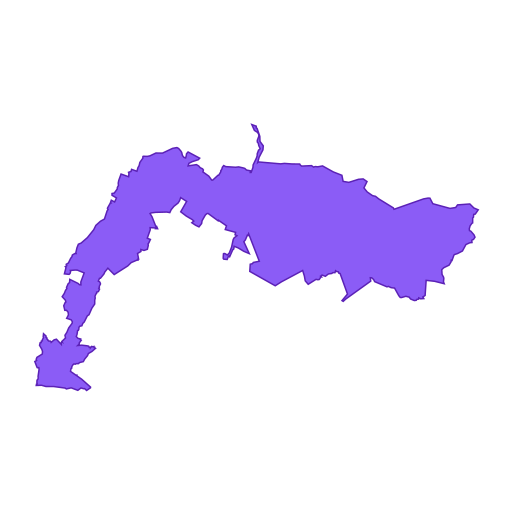 Villa de Álvarez, Colima, Mexico, rotated 179°
{"feature_id": "50627088B49259449060306", "entity_name": "Villa de Álvarez", "entity_type": "district", "adm_level": 2, "iso_a3": "MEX", "parent_name": "Mexico", "parent_adm1": "Colima", "projection": "albers", "projection_center": [-103.768, 19.327], "detail": "fine", "context": "isolated", "style": "filled", "palette": "violet", "viewbox_px": 512, "rotation_deg": 179, "n_neighbors": 0, "source": "geoboundaries", "source_scale": "gbopen_adm2", "svg_char_len": 6117}
<svg xmlns="http://www.w3.org/2000/svg" viewBox="0 0 512 512"><g transform="rotate(179 256 256)"><path d="M441.3,257.0L443.7,252.3L445.9,251.0L445.4,249.6L446.8,248.7L446.2,248.2L446.5,246.6L447.9,241.5L443.2,240.9L442.2,241.8L441.5,244.3L441.8,244.8L437.1,245.1L434.9,245.0L428.1,242.1L431.6,233.1L431.6,230.2L433.0,230.4L434.4,231.7L442.6,235.9L442.9,232.7L444.3,231.6L446.0,227.9L445.7,226.7L447.0,225.1L448.3,222.0L450.5,218.7L447.4,215.2L446.9,213.3L447.7,212.7L449.1,209.6L448.1,205.0L446.4,205.0L444.8,203.0L444.6,200.3L446.4,197.0L441.9,195.4L440.8,193.5L441.0,192.0L444.5,187.4L446.5,182.9L448.4,180.1L447.9,177.4L451.6,173.9L451.4,173.5L451.7,173.7L452.2,172.7L452.2,171.0L457.0,176.3L459.3,175.7L462.3,173.2L462.5,173.9L463.4,174.6L464.5,174.5L465.5,175.2L465.5,175.8L466.6,176.8L466.4,177.6L467.4,178.3L467.3,179.6L469.8,182.0L470.2,178.9L469.9,177.9L471.0,176.2L471.1,174.9L472.1,174.7L472.3,173.2L473.3,173.1L474.0,170.5L471.7,166.3L471.1,164.1L471.4,161.7L476.8,158.5L477.6,156.5L477.2,155.3L479.0,154.4L477.0,148.8L476.6,148.1L475.1,148.2L474.9,146.3L476.0,139.5L475.9,137.9L476.2,136.6L477.1,135.7L477.3,133.5L477.0,132.0L477.7,131.8L478.0,130.4L472.7,130.5L468.4,129.2L460.4,129.0L449.3,127.3L447.9,126.4L443.1,127.4L436.5,124.8L433.3,127.1L430.7,126.3L429.7,126.4L427.7,124.5L423.8,127.1L423.7,127.8L432.5,135.9L436.9,139.1L437.2,140.1L437.9,139.8L443.5,143.9L442.9,146.8L442.2,147.1L442.1,148.6L440.8,150.6L440.0,151.2L438.4,151.0L437.8,151.5L435.3,151.5L434.4,152.5L430.5,153.4L429.1,155.9L426.2,159.3L425.3,161.4L421.7,163.4L418.2,166.4L418.7,166.6L418.8,167.4L419.3,167.3L419.6,168.4L420.4,168.0L421.9,168.5L423.1,167.1L423.1,167.8L424.3,167.5L424.9,168.8L426.7,169.2L431.8,169.9L435.8,169.6L434.2,171.1L434.3,172.1L432.2,174.8L433.1,175.5L432.8,176.1L435.5,176.8L437.1,178.6L436.3,180.8L435.7,184.6L434.9,184.8L434.4,185.9L434.3,187.7L433.5,188.8L431.3,189.3L430.4,191.6L428.9,193.0L425.7,199.1L424.0,200.2L421.0,206.7L418.1,210.8L418.0,214.7L417.5,216.7L417.7,218.5L416.8,220.6L415.9,221.7L416.0,222.6L414.2,223.2L413.0,225.6L413.8,226.5L413.2,227.2L413.2,228.5L412.0,230.7L412.1,231.5L412.8,232.9L414.1,233.6L412.9,236.4L411.9,236.5L408.4,240.6L407.4,242.7L404.3,246.4L398.1,239.9L384.4,248.3L380.9,251.6L375.0,254.0L374.1,253.9L374.1,254.9L373.4,254.9L374.4,260.6L371.0,262.5L371.0,264.5L367.9,263.5L364.5,264.6L363.5,268.5L363.7,270.0L362.9,271.0L361.3,274.4L364.4,275.7L361.3,284.0L361.4,286.2L355.7,285.8L356.0,285.1L353.9,285.0L354.9,287.4L355.6,287.2L359.3,297.1L361.2,300.3L360.1,300.9L355.5,301.4L344.5,301.5L341.4,300.9L340.0,303.8L337.2,307.1L333.0,310.3L331.5,312.6L330.3,315.7L324.4,311.8L330.5,301.5L325.1,297.2L319.1,293.5L317.6,292.0L319.6,290.4L315.9,287.8L312.5,286.1L309.8,289.4L309.3,292.2L305.9,297.9L304.4,299.2L303.2,299.4L293.2,291.8L292.9,292.4L285.0,286.7L286.3,283.0L276.0,280.0L276.6,277.6L274.7,276.6L277.6,274.5L278.5,272.9L280.3,265.2L282.7,259.4L284.7,257.5L286.9,258.9L287.9,259.1L288.5,258.8L288.8,255.4L288.8,254.0L288.3,253.4L284.9,253.0L283.7,255.8L282.8,256.6L282.3,255.8L279.2,262.5L278.1,263.4L277.7,266.1L273.7,264.4L268.1,260.9L262.7,258.5L267.9,270.5L266.4,272.2L264.3,276.9L263.7,276.6L263.0,278.4L252.8,250.7L258.8,249.6L259.7,248.4L261.9,247.9L262.5,240.7L237.3,225.9L230.9,229.8L209.6,240.7L208.0,235.2L207.2,230.3L204.3,226.8L196.4,231.6L194.6,231.2L193.2,231.4L191.7,233.5L191.8,234.3L190.8,234.0L191.2,235.1L190.3,235.8L187.0,234.5L183.9,236.8L180.5,237.2L179.6,238.0L177.3,238.0L176.7,239.9L175.7,239.1L173.9,238.7L173.4,237.3L172.2,237.0L165.2,216.4L170.8,209.9L169.6,209.1L167.0,211.4L141.7,228.9L142.1,232.3L140.7,232.2L138.8,230.4L137.8,228.3L125.6,222.9L124.1,223.3L121.5,222.0L118.0,221.5L113.9,213.8L112.5,212.0L111.3,211.9L106.9,213.1L103.6,212.2L102.2,210.3L98.5,208.7L96.6,208.9L95.8,209.9L94.2,210.0L94.0,211.3L92.1,210.3L89.0,210.5L89.9,212.1L87.6,213.6L86.3,228.7L77.9,227.6L68.3,225.0L69.0,226.9L68.6,230.2L68.8,231.5L70.3,234.3L70.5,239.1L68.5,241.0L63.1,243.5L61.1,246.7L60.8,248.4L60.1,248.1L58.1,253.4L57.5,254.0L54.5,254.9L49.5,257.4L45.9,263.8L42.0,265.5L39.8,265.7L40.0,267.7L39.5,268.4L38.3,268.7L36.7,271.0L37.7,273.4L40.7,277.0L42.1,277.7L42.3,279.4L41.4,282.4L39.6,284.9L38.8,285.3L38.7,290.2L37.9,291.0L37.6,293.8L36.0,294.1L33.0,298.3L37.3,300.2L41.3,304.3L53.6,303.6L55.5,301.0L61.2,300.2L78.3,305.2L81.1,310.8L83.0,310.9L87.4,310.2L117.2,300.3L117.8,301.7L132.2,310.9L135.5,313.6L138.4,314.3L143.7,318.1L146.9,322.2L143.7,328.5L147.5,331.2L152.2,330.9L161.9,328.0L167.6,329.1L168.7,335.2L177.2,338.7L187.9,344.9L192.7,344.1L195.2,344.4L196.9,343.9L198.9,345.4L208.8,345.1L210.0,346.0L210.7,347.2L218.4,347.4L226.0,348.1L229.7,347.7L250.8,349.9L252.1,349.9L252.6,349.5L251.2,354.6L247.2,362.0L246.8,366.0L250.0,370.5L250.1,375.6L252.7,383.6L253.5,384.0L253.5,385.8L257.9,387.5L255.4,381.6L252.5,379.7L251.3,378.0L251.0,375.9L252.7,371.6L252.7,369.9L251.7,368.6L251.3,366.3L249.9,363.1L251.6,361.8L253.0,358.2L253.1,356.1L253.9,353.9L257.3,347.1L257.5,344.6L259.4,339.6L260.3,339.6L260.1,341.3L264.0,342.1L265.7,343.8L267.6,344.4L271.8,345.4L274.9,345.1L284.7,345.9L286.7,347.0L288.1,345.3L288.6,343.5L289.8,341.7L289.7,340.9L291.9,337.4L292.6,337.4L298.0,332.6L299.0,332.7L301.8,336.7L307.6,341.0L307.1,342.9L307.9,344.1L310.3,345.3L311.7,347.0L313.9,348.4L322.3,347.3L321.5,349.8L318.2,351.4L312.0,353.3L310.6,354.8L322.1,361.2L323.7,359.4L324.2,356.3L324.8,355.9L324.8,355.3L326.4,355.9L327.8,357.8L328.5,360.9L329.4,362.4L331.5,364.9L333.2,365.8L337.5,365.1L347.7,360.5L354.3,360.7L360.3,358.0L362.9,357.5L367.0,357.7L367.4,357.2L367.4,355.8L370.5,351.6L371.3,348.4L372.5,346.4L373.6,342.8L378.9,344.8L379.5,342.7L382.0,341.9L381.6,340.6L382.0,337.5L389.5,340.3L391.9,334.0L392.5,331.3L392.3,328.9L393.4,327.1L393.6,325.4L396.6,321.4L398.9,321.0L398.9,319.2L394.5,316.5L396.4,312.5L399.7,314.3L400.6,311.9L400.1,311.5L400.9,311.2L403.6,306.6L403.7,306.0L403.1,305.1L404.1,303.7L406.9,295.6L410.9,293.5L415.6,289.4L417.8,285.1L424.3,277.3L430.6,272.0L433.4,270.9L434.9,267.3L436.1,262.4L435.8,261.6L437.2,261.6L439.6,260.2L440.1,258.4L441.3,257.0Z" fill="#8b5cf6" stroke="#5b21b6" stroke-width="1.5"/></g></svg>